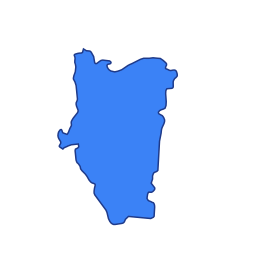 Bjelovarsko-bilogorska, Robinson projection, rotated 62°
{"feature_id": "HRV-1607", "entity_name": "Bjelovarsko-bilogorska", "entity_type": "County", "adm_level": 1, "iso_a3": "HRV", "parent_name": "Croatia", "parent_adm1": "", "projection": "robinson", "projection_center": [16.948, 45.775], "detail": "fine", "context": "isolated", "style": "filled", "palette": "blue", "viewbox_px": 256, "rotation_deg": 62, "n_neighbors": 0, "source": "natural_earth", "source_scale": "10m", "svg_char_len": 2824}
<svg xmlns="http://www.w3.org/2000/svg" viewBox="0 0 256 256"><g transform="rotate(62 128 128)"><path d="M100.7,58.7L102.0,58.9L103.3,59.2L104.5,59.7L105.2,60.2L105.6,61.0L106.1,62.5L106.2,63.4L106.5,64.0L107.1,65.0L107.9,66.0L109.1,66.8L112.1,68.3L113.1,68.9L113.6,69.8L113.5,70.8L111.6,75.2L112.7,77.0L115.3,78.6L122.7,81.9L126.0,83.9L127.9,86.0L127.9,87.8L127.5,90.1L127.5,91.9L128.2,93.6L129.0,94.1L130.1,94.0L133.1,92.0L134.3,91.7L135.7,91.6L138.1,91.9L139.6,92.8L141.0,94.2L143.5,97.5L144.6,98.7L145.6,99.5L148.1,101.2L154.5,106.4L179.4,121.5L179.8,122.7L179.8,123.7L179.6,125.5L179.7,126.2L180.5,127.4L181.8,128.8L184.6,130.3L186.3,132.1L187.3,133.0L187.5,133.4L187.9,133.4L193.3,132.5L194.1,132.8L194.9,133.5L195.6,135.3L195.8,136.5L195.7,137.6L194.7,139.2L194.4,140.0L194.9,140.9L195.7,141.8L199.1,144.3L201.3,144.2L202.2,143.7L203.8,142.3L204.7,141.8L205.9,140.7L206.6,140.6L207.7,140.6L209.3,141.1L210.7,141.8L218.2,146.4L218.7,147.5L218.6,150.4L206.3,169.1L207.4,173.1L209.0,175.1L209.4,175.9L209.6,176.8L209.4,178.1L207.1,184.7L206.3,186.1L205.3,186.9L203.8,187.6L201.8,187.9L198.9,187.8L192.7,186.2L190.1,186.0L171.6,188.7L169.6,188.5L167.7,187.5L165.2,185.7L163.6,184.2L162.7,183.6L161.8,183.6L160.6,184.5L159.8,185.4L158.1,186.3L155.7,186.8L151.5,186.9L148.7,187.3L144.0,188.7L141.8,189.0L139.5,188.3L137.0,188.5L135.7,188.8L134.8,189.2L133.7,189.2L131.9,188.9L123.3,185.4L122.6,184.9L122.0,184.3L122.0,183.1L122.1,182.1L121.8,181.0L121.5,180.3L118.8,179.4L116.2,185.9L115.7,189.3L115.7,189.9L115.7,190.5L115.6,191.5L115.4,193.6L116.0,195.4L112.9,197.1L112.0,197.3L111.4,196.9L110.4,195.3L109.7,194.4L108.4,193.9L104.8,194.1L103.2,193.9L101.8,193.4L100.3,192.4L99.0,191.2L97.9,189.1L97.8,188.2L98.1,187.6L98.6,187.5L99.1,187.5L99.7,187.6L100.3,187.7L100.9,187.8L101.8,187.7L105.0,184.8L104.7,184.0L103.8,182.6L101.2,179.6L99.4,177.0L98.9,176.6L98.3,176.3L96.7,175.7L95.6,174.9L94.2,172.8L93.4,171.3L90.8,165.4L90.0,164.4L88.9,163.7L84.5,163.2L82.8,162.7L81.5,162.0L79.6,159.7L78.6,159.0L66.2,153.9L62.5,153.2L59.1,153.2L58.2,152.7L56.5,151.3L53.7,148.2L49.6,145.4L47.3,144.6L45.2,144.2L43.7,143.4L41.6,142.0L40.1,141.5L38.7,141.4L38.1,140.9L38.0,139.9L38.6,137.1L39.2,135.5L39.9,134.1L39.9,132.7L37.3,130.2L40.2,128.5L42.2,125.5L43.7,124.9L48.8,124.8L54.8,126.8L55.9,126.4L56.4,125.3L55.8,121.9L55.7,120.0L56.2,118.4L60.1,112.8L61.3,112.2L62.3,112.3L62.9,113.1L62.8,114.2L62.4,115.3L62.3,116.3L62.9,117.2L64.3,117.7L66.6,117.7L68.2,117.2L69.6,116.4L72.2,113.4L73.1,110.2L73.5,107.3L73.6,105.9L72.8,98.8L72.8,96.6L73.0,94.3L73.2,84.8L73.8,81.4L76.3,76.8L77.8,72.9L80.0,69.6L81.8,66.8L84.9,65.2L88.2,64.0L89.6,63.9L90.7,64.6L91.4,65.7L92.7,66.8L93.5,66.7L94.1,66.2L94.6,65.7L96.3,64.5L97.1,63.7L97.4,63.1L98.1,60.8L98.8,59.5L99.7,58.9L100.7,58.7Z" fill="#3b82f6" stroke="#1e3a8a" stroke-width="1.5"/></g></svg>